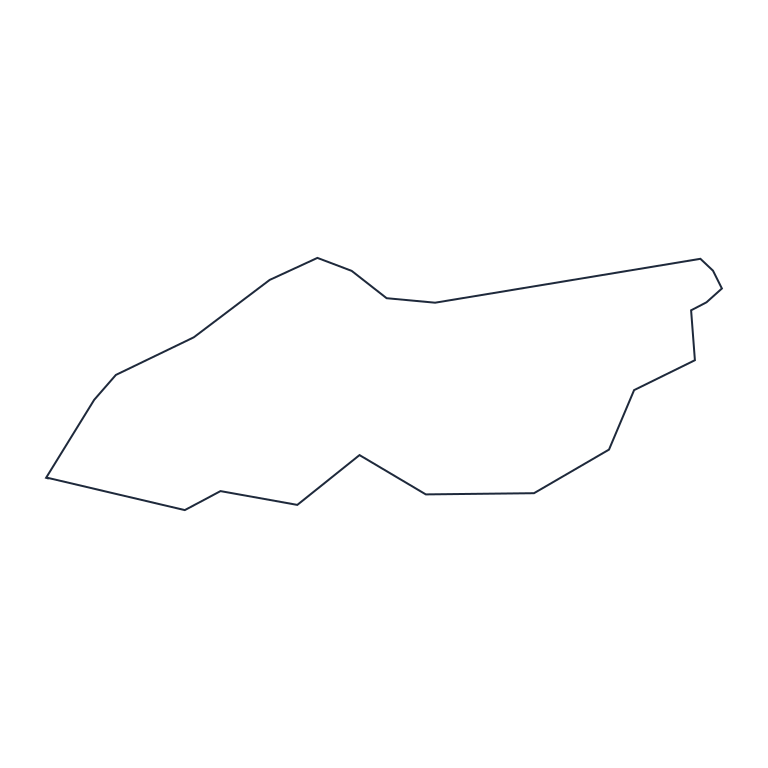 map outline of North Down (orthographic projection)
{"feature_id": "GBR-2098", "entity_name": "North Down", "entity_type": "District", "adm_level": 1, "iso_a3": "GBR", "parent_name": "United Kingdom", "parent_adm1": "", "projection": "orthographic", "projection_center": [-5.72, 54.647], "detail": "fine", "context": "isolated", "style": "outline", "palette": "slate", "viewbox_px": 768, "rotation_deg": 0, "n_neighbors": 0, "source": "natural_earth", "source_scale": "10m", "svg_char_len": 434}
<svg xmlns="http://www.w3.org/2000/svg" viewBox="0 0 768 768"><path d="M46.1,477.8L94.2,399.8L115.9,374.9L193.8,337.3L269.7,279.9L317.4,257.9L351.7,270.9L386.6,298.2L435.1,302.7L700.4,258.8L713.0,270.7L721.9,288.5L706.5,302.3L691.1,310.3L694.9,360.2L634.1,390.1L609.0,449.6L534.0,493.2L425.8,494.4L359.5,455.1L297.3,504.9L220.5,491.1L184.8,510.1L47.9,477.9L47.8,478.3L46.1,477.8Z" fill="none" stroke="#1e293b" stroke-width="2"/></svg>